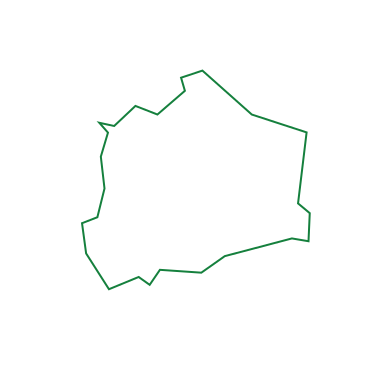 Robertson, Kentucky, United States of America (Robinson projection), rotated 320°
{"feature_id": "52423323B68923397025914", "entity_name": "Robertson", "entity_type": "district", "adm_level": 2, "iso_a3": "USA", "parent_name": "United States of America", "parent_adm1": "Kentucky", "projection": "robinson", "projection_center": [-84.061, 38.515], "detail": "fine", "context": "isolated", "style": "outline", "palette": "green", "viewbox_px": 384, "rotation_deg": 320, "n_neighbors": 0, "source": "geoboundaries", "source_scale": "gbopen_adm2", "svg_char_len": 468}
<svg xmlns="http://www.w3.org/2000/svg" viewBox="0 0 384 384"><g transform="rotate(320 192 192)"><path d="M318.1,220.0L287.6,171.1L278.0,105.7L257.1,97.4L251.6,109.9L215.3,110.4L204.0,89.7L174.8,91.4L165.5,79.4L165.8,92.5L144.9,106.3L127.2,133.1L103.3,150.5L87.7,145.2L71.4,171.0L65.9,213.1L96.5,222.8L99.9,235.9L117.4,231.0L147.3,259.8L175.9,262.2L238.7,291.8L249.6,304.6L268.6,283.9L265.9,268.9L318.1,220.0Z" fill="none" stroke="#15803d" stroke-width="2"/></g></svg>